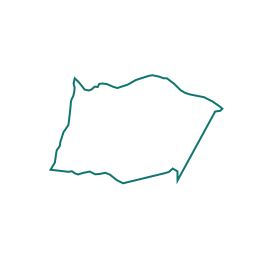 the district of São Brás, Alagoas, Brazil, rotated 143°
{"feature_id": "56859067B34385309848711", "entity_name": "São Brás", "entity_type": "district", "adm_level": 2, "iso_a3": "BRA", "parent_name": "Brazil", "parent_adm1": "Alagoas", "projection": "natural_earth1", "projection_center": [-36.859, -10.112], "detail": "fine", "context": "isolated", "style": "outline", "palette": "teal", "viewbox_px": 256, "rotation_deg": 143, "n_neighbors": 0, "source": "geoboundaries", "source_scale": "gbopen_adm2", "svg_char_len": 950}
<svg xmlns="http://www.w3.org/2000/svg" viewBox="0 0 256 256"><g transform="rotate(143 128 128)"><path d="M120.0,56.3L48.5,88.7L43.9,86.2L41.0,86.6L41.8,90.1L43.4,94.8L44.6,98.5L46.1,101.4L48.8,106.9L57.8,116.9L61.1,121.4L63.2,126.4L64.5,135.2L67.0,144.2L69.8,146.5L72.3,150.4L76.7,155.4L79.9,157.1L92.9,161.6L102.2,162.8L105.9,164.1L108.8,165.1L112.4,166.3L115.0,169.8L118.5,175.9L121.5,178.8L124.4,180.5L127.5,179.0L129.8,181.1L133.9,180.7L136.8,181.6L139.5,184.8L139.7,193.7L140.6,199.7L144.7,196.3L146.3,192.4L149.3,189.1L152.7,186.3L155.4,185.1L157.9,183.2L160.8,179.9L164.7,175.7L173.7,166.3L182.2,163.4L186.8,160.1L190.2,157.8L193.3,154.7L198.3,153.1L200.9,150.7L207.2,144.4L215.0,141.3L201.9,128.8L198.8,127.2L197.6,123.5L195.8,120.9L191.2,119.3L184.7,116.2L182.1,110.8L178.4,108.4L173.1,105.9L170.5,101.6L168.3,93.0L165.2,86.8L125.1,69.5L121.7,68.3L116.7,68.7L114.6,63.6L120.0,56.3Z" fill="none" stroke="#0f766e" stroke-width="2"/></g></svg>